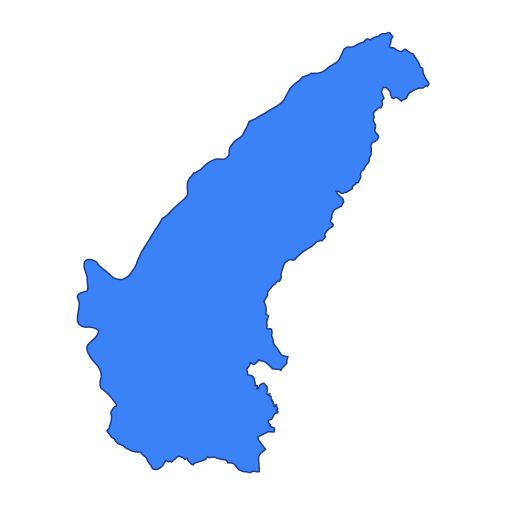 outline of Da Bac, Hòa Bình, Vietnam, rotated 87°
{"feature_id": "81297802B60514422076531", "entity_name": "Da Bac", "entity_type": "district", "adm_level": 2, "iso_a3": "VNM", "parent_name": "Vietnam", "parent_adm1": "Hòa Bình", "projection": "albers", "projection_center": [105.101, 20.932], "detail": "fine", "context": "isolated", "style": "filled", "palette": "blue", "viewbox_px": 512, "rotation_deg": 87, "n_neighbors": 0, "source": "geoboundaries", "source_scale": "gbopen_adm2", "svg_char_len": 6071}
<svg xmlns="http://www.w3.org/2000/svg" viewBox="0 0 512 512"><g transform="rotate(87 256 256)"><path d="M425.7,412.3L427.3,410.8L428.3,410.7L429.4,409.8L431.1,406.9L433.4,405.9L436.0,403.9L438.3,398.7L440.5,396.5L442.3,393.8L444.3,389.9L445.4,386.5L445.6,382.4L446.5,380.9L449.0,379.2L451.9,375.8L454.6,375.2L457.8,373.2L460.4,371.3L462.9,370.7L464.0,367.9L463.6,364.6L462.3,362.4L460.3,360.0L456.5,357.6L455.4,356.5L457.0,354.1L456.4,353.3L456.3,352.4L457.5,351.3L455.2,348.6L454.4,347.2L452.4,345.2L452.0,343.7L452.0,342.9L453.8,339.2L455.3,338.0L455.3,337.0L454.3,335.9L454.3,335.5L456.4,334.6L457.7,333.7L460.6,331.2L461.2,329.9L459.5,327.9L457.8,320.9L457.3,319.9L456.6,317.0L453.8,315.2L454.9,313.5L454.6,307.9L455.7,305.9L457.3,301.0L457.9,297.6L458.4,296.2L461.1,294.9L461.4,291.3L461.9,289.8L462.8,288.5L467.9,285.0L469.6,282.3L470.8,279.1L471.1,276.5L472.1,273.2L470.9,270.8L471.0,268.4L471.6,266.5L471.5,263.9L459.3,264.1L456.4,263.9L453.4,261.8L449.6,256.6L439.5,263.3L436.5,263.3L432.1,252.8L432.7,247.3L430.9,246.7L428.7,246.6L426.8,251.0L426.5,251.1L425.3,250.4L424.5,251.2L423.9,251.5L423.5,252.1L421.9,252.4L421.0,252.1L420.2,251.1L420.1,249.3L419.1,248.4L416.7,247.2L414.5,245.7L413.7,243.5L413.9,242.6L413.6,242.4L412.2,242.3L411.4,243.6L410.9,243.7L410.5,243.5L410.1,242.4L409.7,242.3L408.5,242.9L405.5,243.5L406.1,244.3L407.2,245.1L407.5,245.7L407.2,246.1L405.1,245.8L404.2,246.6L402.6,246.5L402.1,247.5L401.1,247.1L400.2,247.9L398.3,248.4L397.1,248.3L396.4,249.7L394.3,249.4L394.2,249.9L395.5,251.0L393.8,252.5L390.0,251.6L388.7,251.9L386.8,251.8L385.9,253.0L383.5,254.7L383.5,255.6L384.7,258.4L387.0,260.0L388.2,260.4L388.7,261.1L388.7,261.7L385.7,261.5L385.2,262.1L385.5,263.3L384.9,263.9L384.1,263.6L382.4,263.4L381.0,264.2L378.8,264.0L377.5,264.9L376.4,265.3L375.1,266.8L374.4,270.2L373.2,270.6L371.6,270.5L369.4,271.1L368.5,271.0L364.1,267.8L362.1,267.4L363.7,265.1L364.1,263.4L362.3,260.8L359.9,258.6L361.0,256.7L361.2,254.6L362.4,252.4L366.0,248.3L369.2,245.7L369.7,244.9L370.4,238.8L371.6,237.2L369.8,236.3L365.0,231.1L364.4,230.8L362.3,230.8L358.3,229.4L357.0,234.4L355.7,236.2L350.5,238.9L344.6,243.0L340.2,243.4L336.2,244.7L333.7,244.0L329.9,244.3L329.5,244.9L329.5,248.4L328.8,249.0L327.5,249.0L325.5,248.4L324.0,248.9L322.3,248.7L316.4,246.7L314.3,249.5L311.8,248.6L306.6,248.8L301.9,250.3L300.6,249.8L296.0,246.5L292.5,246.2L286.8,241.1L284.9,238.4L282.8,236.5L282.4,235.9L282.3,233.9L280.8,232.7L278.8,231.9L275.8,232.1L270.9,230.5L266.7,228.8L264.5,227.6L263.8,226.9L262.0,223.9L261.3,221.8L261.5,220.5L262.3,219.4L261.9,217.8L261.2,216.8L259.6,215.6L254.7,209.6L251.2,203.6L249.6,200.2L244.8,194.4L244.6,192.9L243.7,191.1L244.2,190.1L244.2,189.2L240.5,185.6L238.6,186.4L236.9,185.8L233.3,182.5L230.3,177.8L228.7,177.2L227.4,178.0L226.2,179.6L225.0,179.8L223.3,179.3L221.7,178.2L219.4,178.3L218.2,178.0L214.0,175.4L213.3,174.6L213.2,173.7L210.6,168.2L206.6,165.5L205.0,166.0L204.4,165.9L202.7,166.7L199.8,169.9L197.9,171.5L195.5,172.6L196.0,169.4L197.3,168.3L198.1,166.4L197.3,164.3L197.1,162.3L193.8,156.3L191.5,156.0L190.1,154.1L189.3,152.6L188.1,152.5L188.2,150.3L187.1,149.4L185.5,148.8L184.1,147.9L181.9,147.2L180.2,147.5L177.2,146.6L176.4,145.7L175.5,143.9L171.8,142.0L168.2,138.5L166.6,137.9L164.0,137.6L163.0,137.2L161.8,136.1L160.9,135.8L154.4,135.2L152.5,135.6L149.1,134.4L148.2,132.5L148.0,131.2L147.1,130.3L146.5,129.0L143.5,127.2L141.7,127.8L138.4,130.4L137.3,130.8L131.7,129.7L127.0,131.9L125.9,131.9L123.5,130.6L120.3,131.6L119.0,130.8L117.0,129.1L114.5,125.8L114.3,125.2L114.5,123.5L113.1,122.5L111.0,121.9L108.3,122.1L107.2,121.9L106.4,121.3L105.5,119.9L99.9,121.8L98.8,122.0L97.4,121.8L94.1,120.1L94.7,118.8L94.5,117.1L99.1,113.2L100.9,113.4L105.0,112.1L105.7,111.0L105.9,110.0L104.9,108.3L105.0,107.3L105.3,106.6L108.9,102.7L107.7,101.1L106.9,98.5L105.9,97.3L102.2,95.4L101.1,94.3L98.4,89.1L96.9,85.1L97.0,80.9L96.5,79.6L94.7,77.2L94.9,76.4L95.5,75.8L93.5,74.5L92.6,74.3L91.5,74.8L87.0,77.6L84.0,78.7L82.6,79.5L79.9,79.5L77.2,79.9L75.8,82.1L71.0,83.6L62.3,88.7L61.3,91.2L57.4,96.0L57.5,96.8L59.4,99.9L59.4,101.5L57.5,105.0L55.5,107.3L54.8,110.7L54.1,111.6L52.4,111.5L50.3,110.3L47.4,109.9L45.6,109.0L44.3,107.9L39.9,110.9L39.9,112.6L40.6,114.2L40.8,116.3L40.7,118.3L41.8,120.8L42.9,121.8L44.1,127.4L46.1,130.1L45.2,132.9L45.1,134.2L48.0,137.4L49.2,141.7L52.0,147.7L52.4,149.6L52.1,152.8L52.4,154.6L54.0,157.2L63.9,162.5L66.7,165.0L70.6,172.4L74.7,178.2L76.3,181.8L76.6,183.6L76.8,186.1L76.5,187.8L76.9,189.0L76.4,191.1L78.4,194.9L79.7,200.3L82.7,203.2L85.6,207.5L89.3,212.1L90.6,213.2L101.2,219.6L103.4,221.5L104.5,222.9L107.3,227.1L111.0,234.6L114.3,240.4L117.4,247.0L119.0,249.4L120.7,254.4L121.7,256.0L125.9,257.8L130.3,260.7L134.7,263.0L136.5,265.2L139.3,270.1L142.0,273.0L146.3,276.5L149.2,277.2L153.5,277.6L155.3,278.9L156.5,280.5L157.3,281.7L157.7,282.8L157.1,289.1L157.2,291.1L158.9,296.1L161.1,300.0L167.0,307.2L170.0,312.8L169.8,313.8L172.2,315.6L174.4,318.0L178.0,320.1L179.7,320.7L183.9,321.0L190.0,321.0L192.3,321.6L195.1,324.3L204.0,335.6L210.7,342.7L213.9,347.6L214.6,348.3L220.1,351.7L225.4,356.0L235.3,362.5L245.5,369.9L254.9,374.7L258.3,376.0L262.2,378.4L268.3,383.2L269.4,384.4L271.4,387.9L272.4,390.3L272.5,392.3L271.7,396.5L270.2,399.7L263.0,406.8L259.6,411.0L256.2,414.1L253.8,415.5L252.9,416.6L251.3,419.9L250.7,422.9L251.1,425.3L251.7,426.3L253.0,427.6L255.5,428.1L258.5,428.2L268.2,425.7L273.3,425.8L278.0,425.5L280.1,425.7L281.5,426.2L282.2,426.9L283.7,433.1L284.3,434.4L286.3,436.3L287.9,436.5L292.3,435.1L294.2,435.0L297.1,435.3L306.2,437.3L310.9,437.7L314.4,436.7L317.0,433.9L318.1,430.4L318.2,426.1L319.0,422.5L320.5,419.0L322.0,417.4L324.1,417.3L326.6,418.7L329.1,420.7L334.2,426.9L336.4,429.0L338.6,429.7L340.6,429.7L343.2,429.1L348.8,426.4L351.3,424.8L358.0,419.3L362.4,417.4L365.1,416.9L368.2,416.7L373.5,418.3L377.3,418.5L379.7,417.8L384.1,412.9L387.7,409.5L395.4,404.0L397.5,403.0L398.2,403.1L398.6,403.5L399.1,405.1L401.3,407.1L404.6,409.2L409.3,408.6L414.1,409.4L416.4,410.5L420.6,411.7L422.8,414.1L425.7,412.3Z" fill="#3b82f6" stroke="#1e3a8a" stroke-width="1.5"/></g></svg>